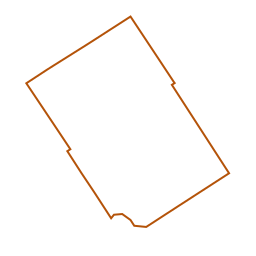 Dane, Wisconsin, United States of America (Natural Earth projection), rotated 237°
{"feature_id": "52423323B17075543389139", "entity_name": "Dane", "entity_type": "district", "adm_level": 2, "iso_a3": "USA", "parent_name": "United States of America", "parent_adm1": "Wisconsin", "projection": "natural_earth1", "projection_center": [-89.414, 43.07], "detail": "fine", "context": "isolated", "style": "outline", "palette": "amber", "viewbox_px": 256, "rotation_deg": 237, "n_neighbors": 0, "source": "geoboundaries", "source_scale": "gbopen_adm2", "svg_char_len": 451}
<svg xmlns="http://www.w3.org/2000/svg" viewBox="0 0 256 256"><g transform="rotate(237 128 128)"><path d="M221.0,91.7L220.9,67.1L168.0,67.8L141.6,68.1L141.6,64.5L115.1,64.4L92.8,64.7L88.3,64.7L61.5,64.7L62.9,69.0L59.0,76.3L49.5,80.0L42.6,80.0L35.1,89.4L35.1,114.1L35.1,126.5L35.0,188.1L140.3,188.3L140.3,191.6L141.7,191.5L167.0,191.3L220.1,190.8L220.2,166.0L220.3,141.0L220.9,99.9L221.0,91.7Z" fill="none" stroke="#b45309" stroke-width="2"/></g></svg>